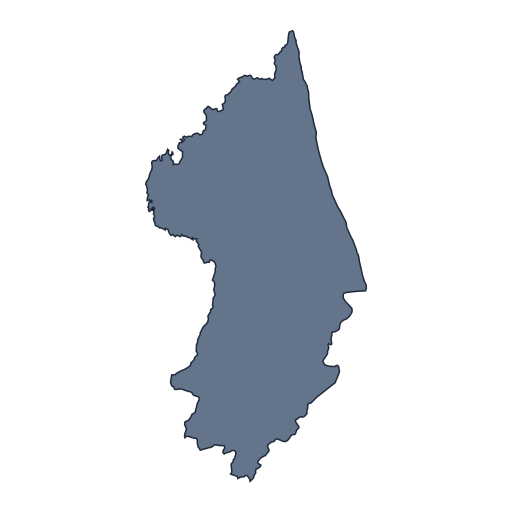 Wanderley, Bahia, Brazil (Natural Earth projection)
{"feature_id": "56859067B16383001384874", "entity_name": "Wanderley", "entity_type": "district", "adm_level": 2, "iso_a3": "BRA", "parent_name": "Brazil", "parent_adm1": "Bahia", "projection": "natural_earth1", "projection_center": [-43.953, -11.797], "detail": "fine", "context": "isolated", "style": "filled", "palette": "slate", "viewbox_px": 512, "rotation_deg": 0, "n_neighbors": 0, "source": "geoboundaries", "source_scale": "gbopen_adm2", "svg_char_len": 6062}
<svg xmlns="http://www.w3.org/2000/svg" viewBox="0 0 512 512"><path d="M292.8,30.7L289.3,32.1L288.6,34.5L287.7,42.6L287.0,44.5L285.1,45.3L284.7,47.3L282.7,47.6L281.6,49.4L281.6,51.1L280.2,51.8L278.1,54.6L276.4,54.5L275.1,55.4L274.3,56.7L274.5,58.4L275.3,60.7L274.3,62.8L274.6,64.3L275.9,66.0L276.2,69.8L274.6,73.7L275.0,77.7L272.3,80.6L269.3,78.2L267.6,79.0L263.3,79.5L261.8,78.4L259.8,79.3L258.4,78.2L257.1,77.8L255.3,78.8L253.7,79.0L252.3,78.1L251.3,76.0L250.3,75.2L247.2,76.2L245.7,75.6L244.4,75.4L242.7,76.7L238.9,78.0L237.5,79.3L239.6,81.6L236.4,84.4L235.5,86.2L234.2,87.5L232.4,88.7L230.5,92.2L228.9,93.3L227.6,94.8L225.5,95.1L224.9,96.6L225.3,98.7L225.3,100.6L224.9,102.2L224.1,103.3L222.3,104.3L223.4,109.6L218.6,111.7L217.4,110.9L216.8,108.6L215.2,108.8L214.0,109.4L212.6,109.4L210.8,108.5L209.5,107.0L208.1,106.4L207.0,107.2L206.3,108.5L205.0,109.2L203.7,110.9L204.1,112.6L205.9,114.8L206.4,116.6L206.5,120.5L205.3,121.6L203.5,122.6L203.7,124.2L205.7,125.0L205.9,126.9L205.6,128.9L204.9,130.1L203.3,130.8L202.4,133.9L201.1,134.7L199.6,134.7L198.5,133.6L197.2,133.2L195.4,133.5L193.9,134.2L192.7,134.9L191.8,136.4L188.2,136.3L186.5,137.3L184.6,136.2L183.2,136.7L182.9,138.4L184.5,139.6L183.6,141.1L182.1,140.9L181.4,142.5L179.4,142.7L177.9,146.2L178.0,148.3L180.8,150.6L182.5,151.4L182.5,157.1L181.4,159.3L180.2,161.0L179.0,164.0L177.1,164.4L175.4,164.1L173.3,164.6L173.5,162.6L173.1,161.1L171.5,159.8L170.6,157.5L171.4,154.8L169.4,155.1L168.3,153.3L168.8,150.4L167.6,149.3L166.3,153.1L165.2,154.3L162.0,155.3L161.7,157.5L162.2,159.8L161.1,161.0L160.1,160.1L159.6,156.2L158.3,157.3L156.4,160.5L154.5,160.5L152.9,160.8L151.9,161.8L151.7,163.4L152.1,165.4L152.1,167.9L151.8,169.5L150.1,173.1L149.2,176.0L148.9,177.8L148.3,179.1L146.3,181.8L145.7,184.3L146.8,186.4L147.2,189.0L147.4,190.9L146.8,192.7L148.3,194.5L148.0,196.2L147.3,198.2L147.2,200.6L149.0,199.8L150.1,200.5L151.8,200.3L151.9,202.4L150.7,201.9L149.3,201.9L148.6,203.9L148.5,205.9L147.9,207.3L148.9,208.4L148.4,210.0L149.3,211.5L150.8,210.5L151.2,209.0L152.5,210.4L154.0,210.0L153.9,212.1L153.4,213.7L154.3,215.4L154.7,217.1L153.5,218.4L153.8,220.4L154.7,222.5L155.4,225.5L158.4,226.8L159.5,227.9L161.1,227.9L163.8,229.1L165.2,230.0L165.4,228.5L166.8,228.8L168.1,229.8L169.5,233.7L171.0,235.4L173.0,234.5L174.0,235.8L175.3,236.6L176.7,235.2L180.5,236.6L181.8,234.4L182.8,235.6L184.1,236.3L185.9,236.1L187.4,237.2L189.5,237.6L192.9,239.8L192.9,237.8L194.3,238.9L196.9,238.8L196.2,241.0L197.7,242.8L198.6,244.8L198.3,246.5L201.0,251.1L201.6,252.7L201.1,254.2L201.0,257.0L202.9,260.0L204.1,263.0L206.0,262.8L207.5,262.2L209.2,262.3L209.7,260.7L210.8,259.8L214.0,261.6L215.0,262.8L216.0,266.5L215.2,268.5L215.3,270.4L215.0,272.5L212.4,280.2L214.6,282.3L214.6,286.4L213.7,289.6L215.2,295.0L213.1,298.3L213.2,300.4L212.7,302.9L212.5,305.3L213.1,306.8L212.1,308.6L210.6,309.6L210.5,311.7L207.9,316.1L208.2,317.6L208.3,319.9L207.5,322.3L205.9,324.3L203.4,326.6L200.2,332.9L200.2,334.4L198.2,338.5L197.6,340.4L197.5,342.7L196.5,344.5L196.4,346.8L196.2,351.2L197.3,352.7L197.6,354.2L196.9,355.5L195.4,356.6L194.5,358.0L194.2,359.5L192.9,361.1L191.0,362.7L190.7,364.9L188.6,367.0L183.7,369.9L181.7,370.5L178.7,372.0L176.5,373.3L175.3,374.5L174.0,374.9L171.7,374.9L170.5,382.5L171.8,386.0L173.4,386.8L174.8,389.4L176.5,389.5L178.4,389.1L181.6,389.0L185.7,390.6L191.5,392.2L193.5,395.2L198.5,396.9L199.2,398.4L199.0,400.0L197.4,403.2L195.2,412.2L193.7,413.4L191.9,414.3L191.1,416.7L188.3,420.5L186.4,421.1L184.9,422.0L184.6,424.7L186.1,427.9L186.4,429.3L185.0,433.3L184.5,436.1L184.9,437.7L186.5,436.4L188.2,436.3L193.2,438.0L196.5,438.4L197.3,440.2L197.3,443.2L198.3,447.5L199.6,448.5L200.0,450.0L201.4,450.1L203.6,449.0L206.1,448.6L208.2,447.8L210.5,447.5L212.2,446.7L214.7,444.7L219.6,445.6L222.2,445.5L224.3,446.0L224.8,447.7L223.0,451.0L223.0,452.8L224.2,454.0L225.9,452.9L230.6,451.7L231.4,450.6L232.9,450.4L234.4,450.7L235.7,451.8L235.8,453.8L234.8,457.8L233.3,459.9L233.0,462.1L231.2,463.9L231.2,466.0L231.8,470.8L231.5,472.8L230.6,474.1L237.4,476.5L237.9,478.6L239.8,477.4L241.8,476.9L244.0,476.8L245.7,475.4L247.5,475.8L249.8,479.4L250.0,481.3L251.9,479.7L253.4,477.8L254.5,474.6L255.7,473.1L255.6,471.2L255.9,469.4L258.9,467.8L260.3,466.6L260.9,465.1L257.8,463.2L258.1,461.2L260.4,458.2L264.1,456.0L265.5,455.6L266.4,454.0L268.9,451.2L268.9,449.5L267.9,447.5L267.6,445.6L268.4,444.4L271.4,442.1L272.9,441.9L274.1,441.2L276.3,438.7L280.7,440.2L282.3,441.1L285.3,441.6L287.3,440.6L288.9,439.0L291.0,435.7L292.1,434.8L294.8,434.4L295.7,433.2L296.2,431.2L297.1,429.4L298.8,428.1L298.8,426.6L295.4,421.5L295.9,419.6L297.2,419.1L300.1,416.8L302.5,417.1L304.1,416.6L305.7,415.1L307.0,413.6L306.8,410.9L307.6,408.6L307.8,404.4L309.0,403.3L310.9,403.1L316.6,397.3L335.1,382.7L338.4,374.8L339.5,371.4L338.6,366.5L337.6,365.5L336.3,365.4L334.9,366.5L331.2,366.4L327.2,365.8L324.4,364.5L322.8,360.8L326.8,355.0L327.6,353.2L327.5,351.2L328.4,349.3L328.8,347.4L328.0,345.1L328.5,343.5L330.7,344.8L331.7,344.0L331.0,338.3L331.9,335.2L331.7,332.8L333.2,331.9L335.2,331.7L338.3,330.0L339.4,328.6L339.8,324.8L341.2,321.9L343.8,320.0L346.7,318.8L349.9,315.7L351.8,312.5L352.2,310.2L351.6,308.0L345.5,301.5L343.5,298.5L343.1,295.4L343.8,293.3L346.4,292.5L356.9,291.3L365.7,290.8L366.3,288.4L366.3,285.9L365.8,284.0L364.6,281.9L362.7,276.0L359.2,260.5L359.0,258.2L358.1,254.5L357.1,252.8L356.3,249.6L352.9,240.5L350.0,235.0L349.4,233.2L346.8,227.7L346.1,222.3L342.6,215.7L340.2,210.7L338.2,207.8L332.3,194.9L331.4,190.5L329.5,185.3L327.6,176.7L323.7,167.9L321.7,162.1L318.4,150.2L316.3,139.9L315.9,137.0L316.4,132.4L314.3,125.2L312.0,114.8L310.3,109.4L309.8,106.5L308.8,98.1L308.6,92.2L307.4,88.1L307.1,85.9L305.2,82.0L303.4,79.4L302.2,72.2L301.3,69.4L301.2,66.7L300.0,63.1L298.9,56.5L299.1,53.3L298.9,51.4L298.4,49.4L297.6,47.8L296.0,42.5L296.1,40.4L294.7,37.6L293.7,32.8L292.8,30.7ZM154.0,210.0L152.4,208.1L153.3,207.0L154.6,208.2L154.0,210.0ZM171.4,154.8L172.7,154.9L173.0,153.4L172.1,152.0L171.4,154.8ZM182.1,140.9L181.7,139.2L180.4,139.4L182.1,140.9Z" fill="#64748b" stroke="#1e293b" stroke-width="1.5"/></svg>